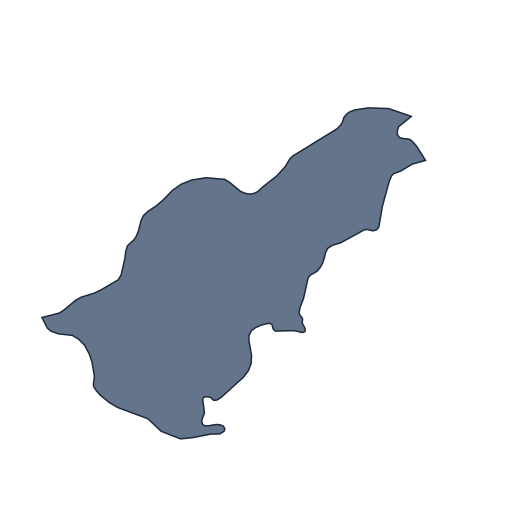 the border of Bolivar, rotated 227°
{"feature_id": "ECU-1277", "entity_name": "Bolivar", "entity_type": "Province", "adm_level": 1, "iso_a3": "ECU", "parent_name": "Ecuador", "parent_adm1": "", "projection": "mercator", "projection_center": [-79.147, -1.678], "detail": "fine", "context": "isolated", "style": "filled", "palette": "slate", "viewbox_px": 512, "rotation_deg": 227, "n_neighbors": 0, "source": "natural_earth", "source_scale": "10m", "svg_char_len": 1946}
<svg xmlns="http://www.w3.org/2000/svg" viewBox="0 0 512 512"><g transform="rotate(227 256 256)"><path d="M357.0,57.5L348.4,73.3L347.5,78.4L346.7,93.6L345.1,100.1L339.5,111.6L337.1,118.9L332.6,138.9L334.1,144.4L343.6,158.4L348.0,163.6L351.2,169.1L351.1,177.4L351.8,181.0L354.0,186.2L360.3,196.2L362.4,201.5L362.3,207.9L360.7,217.3L360.3,226.5L361.0,239.8L359.5,250.4L355.4,260.8L347.3,272.9L333.4,285.4L327.8,286.9L313.7,288.8L308.8,291.1L305.1,294.1L303.2,297.2L301.9,301.1L301.9,308.2L300.4,325.9L301.5,338.6L304.0,347.1L304.0,351.4L293.7,402.5L294.1,407.6L295.3,411.2L297.4,414.8L298.0,419.0L297.4,423.2L295.5,427.9L287.7,439.2L273.5,453.5L252.2,464.8L253.3,448.6L251.5,445.2L248.3,442.1L244.6,441.8L240.8,444.3L238.3,446.7L235.7,448.3L231.1,448.5L226.4,448.3L210.3,445.2L216.6,433.0L219.5,419.5L222.3,413.0L222.2,409.8L219.7,404.2L206.0,382.1L193.4,365.6L192.9,362.0L194.6,358.7L199.4,355.5L201.2,353.3L207.9,327.0L211.7,319.1L212.7,313.6L210.9,309.0L208.1,304.9L205.2,299.6L203.7,294.5L203.2,290.3L205.0,282.4L204.4,279.1L192.4,261.6L188.1,252.7L185.0,248.7L182.3,247.6L179.7,247.7L177.8,246.9L176.2,244.7L174.0,243.6L171.1,243.0L168.8,242.0L167.3,240.2L168.5,237.6L170.5,236.2L173.8,234.2L176.7,231.6L187.7,219.1L190.1,218.6L192.1,219.3L194.5,220.8L196.3,220.7L198.1,219.3L200.2,216.0L202.0,212.4L203.9,206.8L204.5,201.5L202.5,196.5L198.9,193.1L186.3,184.9L180.9,179.4L177.4,172.6L175.9,164.1L176.4,133.5L177.2,129.4L179.1,126.8L180.7,126.3L182.8,126.6L184.9,125.5L187.0,123.7L188.3,121.6L187.8,119.5L176.4,111.3L172.8,104.1L169.9,102.3L167.6,102.3L165.0,104.4L159.9,112.0L157.1,114.6L153.8,116.1L150.8,115.4L149.6,113.0L150.6,108.1L156.8,101.2L166.2,86.0L173.7,76.1L192.4,67.1L210.7,65.9L239.8,51.4L249.1,48.7L260.4,47.2L265.9,47.3L271.3,48.2L273.8,50.3L275.8,53.0L278.4,55.9L290.3,63.7L298.0,67.2L307.5,69.8L316.4,69.5L323.2,67.5L334.1,58.2L340.8,54.8L345.5,54.2L357.0,57.5Z" fill="#64748b" stroke="#1e293b" stroke-width="1.5"/></g></svg>